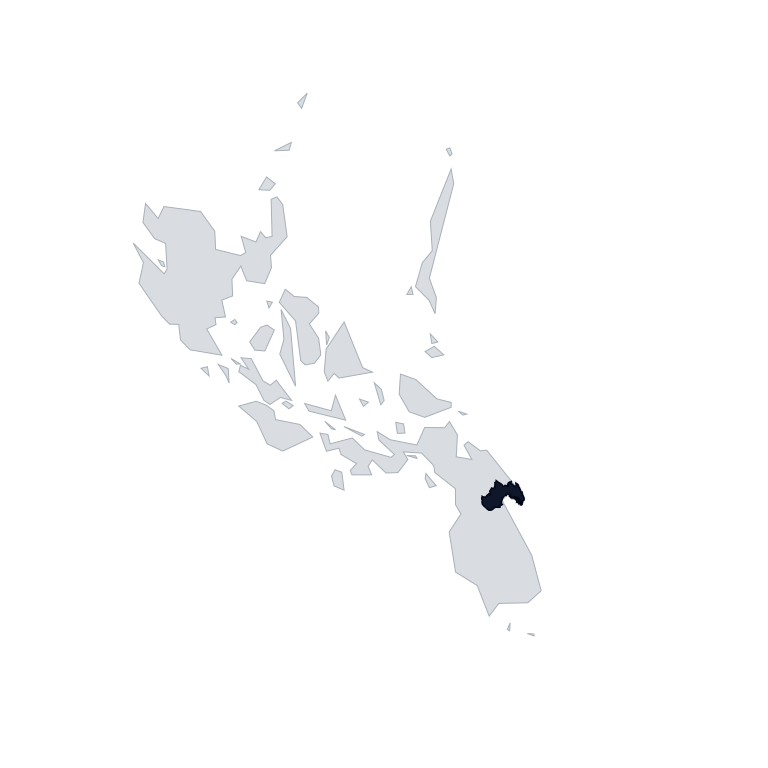 Pangasinan, Dagupan, Philippines shown in context, rotated 152°
{"feature_id": "2640588B43628149657030", "entity_name": "Pangasinan", "entity_type": "district", "adm_level": 2, "iso_a3": "PHL", "parent_name": "Philippines", "parent_adm1": "Dagupan", "projection": "natural_earth1", "projection_center": [119.981, 16.031], "detail": "fine", "context": "in_parent", "style": "filled", "palette": "ink", "viewbox_px": 768, "rotation_deg": 152, "n_neighbors": 0, "source": "geoboundaries", "source_scale": "gbopen_adm2", "svg_char_len": 9137}
<svg xmlns="http://www.w3.org/2000/svg" viewBox="0 0 768 768"><g transform="rotate(152 384 384)"><path d="M359.7,123.3L385.6,136.4L400.1,129.7L396.3,162.2L409.1,184.3L395.9,222.8L377.1,233.1L377.5,243.9L370.1,258.0L380.7,282.0L378.4,288.4L383.2,305.3L398.8,315.0L398.4,306.1L413.3,299.2L424.0,304.5L429.9,322.4L436.7,318.8L437.5,309.6L454.9,318.8L454.5,323.5L445.6,326.6L455.1,342.0L453.9,348.5L466.4,351.6L463.6,370.7L457.2,365.7L459.7,356.5L437.3,351.2L432.1,335.0L412.2,315.9L407.8,316.8L414.8,336.9L412.4,345.1L404.6,331.8L383.6,314.7L368.5,326.5L350.9,316.9L343.8,320.1L343.1,304.5L354.4,285.8L341.9,276.1L342.1,292.4L336.8,293.6L330.3,279.7L324.4,277.3L313.6,219.9L315.6,217.0L327.1,228.4L334.4,225.9L334.0,163.3L342.3,127.7L359.7,123.3ZM513.6,485.5L539.0,505.1L543.0,518.4L537.2,533.0L545.2,537.5L548.5,549.0L553.0,588.0L539.4,604.1L539.3,626.3L526.4,584.5L521.6,587.3L510.8,610.7L518.2,619.9L521.0,639.8L509.8,655.3L505.7,636.1L495.0,644.0L465.0,622.4L461.7,598.3L469.5,581.9L450.4,564.7L444.3,565.1L440.8,581.5L430.4,569.5L421.5,576.5L419.7,568.6L413.5,566.9L396.9,600.1L390.6,599.4L389.2,589.9L400.4,559.5L423.8,550.9L428.7,539.6L442.2,528.6L456.8,539.6L455.1,555.3L469.1,547.9L476.3,532.8L487.8,534.3L492.5,517.6L502.1,521.8L504.5,515.3L514.7,515.8L513.6,485.5ZM438.1,505.3L426.7,514.0L422.2,503.4L411.5,496.7L405.7,482.8L408.3,477.2L421.7,472.1L420.3,455.0L426.1,439.4L435.7,435.0L444.6,437.9L446.6,443.7L432.5,481.2L438.1,505.3ZM504.9,372.3L515.3,386.1L513.9,410.5L522.6,432.7L505.0,428.8L498.0,420.8L493.8,412.0L496.5,403.5L477.2,387.7L471.8,370.6L504.9,372.3ZM388.6,399.9L421.0,410.4L423.0,416.7L432.2,412.9L430.9,423.0L418.7,442.0L390.1,457.5L395.2,408.5L388.6,399.9ZM266.6,506.0L223.8,542.3L228.4,528.1L294.3,456.1L297.2,435.8L305.9,422.0L304.9,436.7L310.5,455.2L293.2,473.1L278.8,479.0L266.6,506.0ZM335.6,331.9L363.6,335.4L374.8,347.7L375.4,367.8L364.8,385.0L353.8,373.0L344.3,346.1L333.4,336.2L335.6,331.9ZM481.8,420.8L494.3,419.5L497.7,426.1L497.3,443.5L506.4,463.0L502.0,467.9L496.5,460.6L497.9,474.3L489.3,468.7L489.4,443.7L485.0,436.3L477.4,437.9L473.3,412.9L481.8,420.8ZM439.9,498.1L440.4,477.0L463.1,423.6L462.0,459.3L451.4,470.4L439.9,498.1ZM482.8,484.3L466.2,492.0L459.7,491.0L455.5,483.1L473.7,469.1L482.1,474.5L482.8,484.3ZM434.8,370.1L463.0,395.3L463.2,404.0L443.1,385.1L432.1,396.9L434.8,370.1ZM473.7,327.2L467.5,331.3L462.7,325.9L469.1,309.0L475.9,317.4L473.7,327.2ZM403.3,614.3L390.5,621.9L386.0,611.8L393.9,608.7L403.3,614.3ZM317.5,381.7L329.5,384.9L332.5,393.4L321.9,393.6L317.5,381.7ZM388.5,330.9L395.4,334.1L391.6,344.7L385.5,339.6L388.5,330.9ZM358.1,635.0L371.2,641.3L352.4,640.8L358.1,635.0ZM521.2,479.1L514.3,470.8L520.3,457.6L519.6,465.6L521.2,479.1ZM396.6,367.2L392.0,389.6L388.9,380.4L391.6,369.4L396.6,367.2ZM327.3,666.1L328.3,672.8L315.2,676.9L327.3,666.1ZM392.5,271.1L392.1,281.1L389.0,285.3L385.7,269.7L392.5,271.1ZM416.3,445.4L410.6,458.3L410.5,450.8L416.3,445.4ZM322.8,397.3L319.6,406.5L316.7,395.8L322.8,397.3ZM483.0,414.7L478.6,414.9L474.3,407.6L479.6,406.7L483.0,414.7ZM412.7,373.8L412.7,382.2L406.3,375.3L412.7,373.8ZM538.2,483.8L531.8,482.2L534.7,473.2L538.2,483.8ZM428.0,348.4L439.4,365.3L425.0,348.7L428.0,348.4ZM321.8,452.3L314.3,457.0L316.3,449.5L321.8,452.3ZM449.9,505.1L448.5,512.2L444.2,508.6L449.9,505.1ZM451.3,368.9L453.8,378.9L448.3,366.3L451.3,368.9ZM218.9,562.0L215.0,561.6L215.9,555.2L218.8,554.4L218.9,562.0ZM490.3,510.6L485.4,511.0L484.9,507.2L487.9,506.5L490.3,510.6ZM525.0,599.6L521.4,595.1L522.5,590.5L524.9,592.8L525.0,599.6ZM328.9,319.5L331.1,325.1L325.1,318.6L328.9,319.5ZM505.1,470.9L507.1,478.4L501.6,469.3L505.1,470.9ZM390.4,109.3L384.8,113.9L388.9,107.1L390.4,109.3ZM397.5,310.2L389.9,305.8L389.9,302.8L397.5,310.2ZM369.7,91.1L374.6,96.4L369.1,92.9L369.7,91.1Z" fill="#d9dde1" stroke="#a8b0b8" stroke-width="1"/><path d="M339.3,220.8L339.1,221.4L339.2,221.9L336.4,222.1L336.1,222.0L336.3,223.3L336.1,223.9L335.6,224.8L334.7,225.8L334.1,226.4L333.1,227.2L333.0,227.8L332.9,227.7L333.0,227.5L331.3,228.4L329.6,228.8L328.8,228.7L328.2,228.5L328.2,228.3L327.7,228.5L327.4,228.8L326.5,228.8L325.5,228.1L325.4,227.8L325.1,227.8L324.9,227.7L325.0,227.0L325.2,226.9L325.4,227.3L325.5,227.1L325.2,226.8L325.2,226.6L324.8,226.5L324.6,225.6L324.8,225.4L324.8,225.2L325.0,225.4L325.1,225.2L325.0,224.8L324.6,224.6L324.5,224.4L324.8,224.5L324.9,224.4L324.9,224.6L325.1,224.6L325.2,224.8L325.4,224.4L325.1,224.4L325.0,224.1L324.5,223.7L324.3,223.7L324.1,223.7L323.9,223.4L324.0,223.2L323.8,223.3L323.4,223.1L323.2,223.1L323.2,222.8L323.2,222.5L323.1,222.8L322.9,222.7L322.7,222.8L323.0,222.6L323.0,222.4L322.9,222.6L322.6,222.6L322.5,223.2L322.2,223.3L322.3,223.4L321.9,223.4L321.9,223.0L321.6,222.6L321.8,222.6L321.6,222.4L321.4,222.3L321.3,222.1L320.9,222.1L320.8,221.8L320.5,221.7L320.9,221.3L320.7,221.0L320.2,220.9L320.2,221.2L320.0,221.3L319.9,220.7L319.5,220.6L319.2,220.4L319.0,220.0L318.9,220.3L318.7,220.2L318.9,219.9L318.5,219.6L318.8,219.0L318.7,218.8L318.7,218.7L318.5,218.1L319.0,216.9L319.0,216.6L318.9,216.3L319.1,215.6L319.1,215.3L319.0,215.6L318.9,215.3L318.7,215.3L318.9,215.1L318.9,214.6L318.7,214.6L318.4,214.9L318.1,214.3L317.9,214.2L317.7,214.4L317.4,214.5L317.4,214.2L316.5,215.3L316.5,215.7L315.8,215.5L315.1,215.6L314.2,216.6L313.8,217.7L313.8,218.3L313.6,219.0L313.6,219.9L313.6,220.1L314.0,220.6L313.8,220.8L313.4,221.4L313.3,222.1L313.1,222.4L313.2,222.9L312.9,223.4L313.0,223.4L313.0,223.6L313.5,223.6L313.5,224.4L313.7,224.5L313.7,224.9L313.9,224.9L313.7,225.5L313.4,225.5L313.2,226.1L313.5,226.9L313.3,227.0L313.3,227.5L313.0,228.3L313.1,228.7L313.5,228.9L313.7,229.4L313.3,229.9L313.2,229.8L313.1,230.5L313.3,230.8L312.8,231.4L312.8,231.8L313.1,232.6L313.3,232.8L313.3,233.0L313.2,233.1L313.6,233.8L313.6,233.5L314.0,233.1L314.3,233.2L314.5,233.6L314.9,232.2L315.3,232.0L315.6,232.1L316.5,231.8L316.7,232.1L316.8,232.2L316.7,232.3L316.8,232.8L317.3,233.6L317.4,234.2L317.7,234.8L317.8,235.4L318.0,235.8L318.3,236.1L318.3,236.4L318.5,236.9L318.2,237.4L317.4,237.9L317.4,238.0L317.6,237.9L318.1,238.2L318.6,238.2L318.9,237.9L319.0,238.2L319.3,238.0L319.5,238.3L319.9,238.1L320.1,238.3L320.3,238.1L320.6,238.3L320.9,238.2L321.2,237.8L321.5,237.7L321.5,237.1L321.7,236.9L322.0,236.8L322.0,236.7L321.7,236.6L321.8,236.4L322.1,236.1L322.1,235.6L322.8,235.5L322.9,235.9L323.2,236.1L323.1,236.4L323.3,236.3L323.5,236.5L323.6,236.8L323.8,236.9L324.1,236.8L324.2,237.2L324.5,237.1L324.7,237.3L325.1,237.3L325.1,237.5L325.5,237.3L325.8,237.3L326.6,237.5L326.8,237.8L326.9,239.0L327.1,239.8L327.7,241.2L328.9,243.1L330.3,246.0L330.8,245.1L331.0,245.0L331.4,244.9L331.6,245.0L331.8,244.9L332.4,244.9L332.5,244.8L332.5,244.4L332.9,243.8L333.0,243.4L333.2,243.2L333.5,242.8L333.5,242.6L333.7,242.4L334.0,242.1L333.9,241.9L334.1,241.3L334.5,241.1L334.7,240.6L334.9,240.8L335.0,240.6L335.3,240.3L335.7,240.3L336.2,240.6L336.4,240.4L337.1,240.9L337.8,241.7L339.8,240.3L340.7,240.0L341.0,239.7L341.1,238.8L341.6,237.8L341.5,237.6L341.7,237.3L341.7,236.8L342.1,236.0L342.6,236.0L343.0,237.9L344.5,237.4L344.8,237.5L345.2,237.2L345.2,237.3L345.6,237.3L345.7,237.1L346.0,237.0L346.9,236.4L347.6,236.4L347.6,236.7L349.1,237.4L349.1,237.6L349.5,237.8L350.1,238.8L350.6,237.9L350.9,237.8L350.8,237.3L351.1,236.9L351.4,237.0L351.6,236.3L351.8,236.2L351.9,235.7L351.7,235.1L352.1,234.5L352.4,234.4L352.9,233.9L353.6,231.7L353.5,231.0L353.0,229.9L353.1,229.2L352.2,227.2L351.8,225.5L351.4,225.0L350.8,223.4L349.4,222.7L348.3,222.2L345.8,222.5L345.3,222.8L343.5,222.8L343.4,223.0L341.0,221.4L339.6,220.8L339.3,220.8ZM321.2,216.0L320.8,216.1L320.5,216.1L320.3,216.3L320.4,216.6L320.3,217.0L320.0,216.8L319.9,216.9L319.8,216.7L319.6,216.8L319.5,217.1L319.4,217.1L319.4,217.5L319.1,217.8L318.9,217.7L318.6,218.1L318.8,218.7L319.3,218.2L319.4,218.4L319.4,218.6L319.5,218.7L319.8,218.7L320.1,219.3L319.7,219.4L320.2,219.6L320.8,220.1L320.8,220.5L321.1,220.6L320.9,220.7L321.1,220.9L321.1,221.2L321.3,221.2L321.4,221.4L321.4,221.2L321.7,220.9L322.0,220.9L322.2,220.5L322.2,220.0L321.7,219.7L321.5,219.0L321.9,218.0L322.3,217.5L321.8,217.5L321.6,217.1L321.4,216.9L321.5,216.5L321.2,216.3L321.2,216.0ZM319.3,212.9L319.0,213.1L318.7,212.9L318.5,213.1L318.3,213.8L318.5,214.2L318.4,214.6L318.6,214.4L319.0,214.4L319.1,214.5L319.2,214.9L319.3,214.8L319.6,214.8L319.8,215.1L320.2,215.2L320.3,215.1L320.2,214.9L320.3,214.8L320.2,214.2L320.2,213.8L320.0,214.0L319.9,213.6L319.5,213.5L319.5,213.2L319.3,213.0L319.3,212.9ZM320.3,215.4L319.9,215.4L319.8,215.6L319.7,215.5L319.7,216.0L319.9,216.0L320.2,215.5L320.3,215.4ZM325.6,225.3L325.5,225.5L325.3,225.5L325.4,225.9L325.9,225.8L325.8,225.5L325.6,225.3ZM319.6,216.2L319.5,216.4L319.8,216.5L319.8,216.3L319.6,216.2ZM322.7,222.1L322.6,222.3L322.7,222.1ZM320.3,213.7L320.1,213.6L320.2,213.8L320.3,213.7ZM321.6,221.7L321.4,221.7L321.3,221.8L321.6,221.7ZM321.2,215.5L321.2,215.8L321.1,215.6L321.2,215.5ZM322.8,222.4L322.8,222.5L322.8,222.4ZM318.9,212.2L318.8,212.3L318.9,212.2ZM322.9,222.1L322.8,221.8L322.9,222.1ZM318.6,218.3L318.6,218.1L318.6,218.3ZM323.0,221.7L322.9,221.7L323.0,221.8L323.0,221.7ZM322.4,217.3L322.4,217.2L322.4,217.3ZM323.0,221.6L322.9,221.6L323.0,221.6Z" fill="#0f172a" stroke="#020617" stroke-width="1.5"/></g></svg>